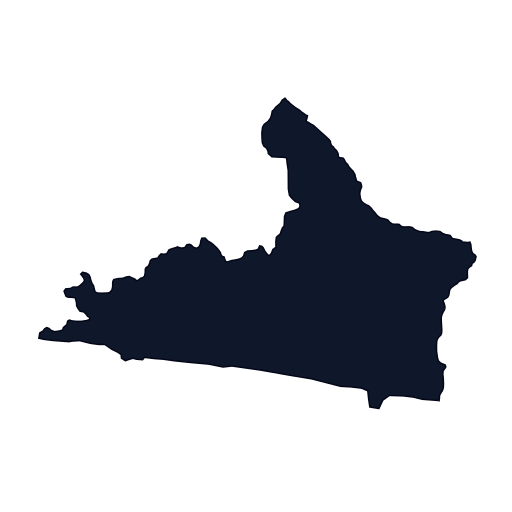 Hadera, Haifa, Israel, rotated 268°
{"feature_id": "584046B72217003232480", "entity_name": "Hadera", "entity_type": "district", "adm_level": 2, "iso_a3": "ISR", "parent_name": "Israel", "parent_adm1": "Haifa", "projection": "orthographic", "projection_center": [35.034, 32.575], "detail": "fine", "context": "isolated", "style": "filled", "palette": "ink", "viewbox_px": 512, "rotation_deg": 268, "n_neighbors": 0, "source": "geoboundaries", "source_scale": "gbopen_adm2", "svg_char_len": 4943}
<svg xmlns="http://www.w3.org/2000/svg" viewBox="0 0 512 512"><g transform="rotate(268 256 256)"><path d="M262.5,470.2L262.0,468.3L262.5,465.4L262.5,462.9L263.8,462.1L265.1,459.7L265.8,456.5L266.6,452.9L269.7,450.8L270.3,448.7L270.7,446.3L272.1,443.2L274.0,440.7L274.6,436.7L274.4,432.9L273.3,429.5L273.7,427.0L274.3,424.4L274.7,420.4L276.1,417.0L277.0,415.4L279.1,413.1L279.8,410.3L279.8,409.2L279.8,405.6L280.1,403.1L281.6,401.0L282.5,400.4L282.8,398.7L282.9,397.2L282.9,395.3L283.2,393.4L284.0,392.3L285.2,390.6L287.0,389.4L287.7,388.4L288.1,387.3L288.8,385.1L289.1,384.1L289.2,383.2L289.9,381.4L291.1,379.8L292.4,378.3L295.2,376.3L297.9,374.0L299.4,373.1L301.2,371.4L301.7,371.0L302.5,369.9L303.0,368.6L304.6,366.1L305.0,365.5L306.3,364.1L307.5,363.2L309.8,362.4L312.9,362.0L315.3,361.9L318.5,362.7L321.3,364.0L323.5,363.8L325.6,363.1L326.8,360.4L327.5,359.0L329.8,358.6L331.8,358.0L333.7,357.8L335.5,356.9L337.4,355.9L339.0,354.4L340.3,353.3L342.1,351.8L344.1,350.9L346.7,348.6L348.0,348.1L349.7,347.3L350.8,346.4L351.2,343.9L351.3,342.8L352.8,341.7L355.0,341.7L356.2,341.3L358.6,340.1L360.4,338.3L362.7,336.8L363.2,335.8L364.6,335.0L366.2,334.5L368.2,334.2L369.9,333.0L373.5,329.4L379.2,323.4L384.5,318.0L386.3,314.9L388.0,312.6L388.5,311.2L389.4,310.8L392.2,311.8L394.5,312.3L395.0,310.8L396.6,308.9L398.1,306.8L400.5,304.2L402.9,300.5L404.6,298.5L407.2,295.4L409.2,293.8L410.1,292.4L412.7,290.5L410.8,287.6L407.8,285.7L406.1,283.6L404.3,281.2L401.5,278.9L400.2,277.3L397.1,276.6L393.8,275.6L391.7,274.1L390.0,272.7L387.3,268.8L384.6,267.1L379.4,266.2L373.9,266.1L368.9,266.3L365.6,267.6L363.5,270.3L360.2,271.7L357.9,271.9L354.6,275.4L353.8,285.0L353.4,289.4L351.4,290.2L348.1,290.3L340.4,291.2L321.9,290.7L315.7,291.5L313.1,293.3L310.8,295.5L309.0,297.3L307.4,301.3L304.6,301.8L302.8,301.2L301.5,299.5L300.3,296.3L299.2,291.6L298.0,287.4L294.6,285.9L285.2,285.2L283.0,283.3L279.9,282.0L277.3,281.1L275.5,278.8L274.0,277.0L270.2,276.4L266.8,276.3L264.1,276.3L261.9,273.1L258.3,271.6L255.9,269.4L256.7,267.8L259.1,266.0L260.9,264.8L263.8,263.6L265.5,262.1L266.0,260.0L262.8,258.5L261.9,256.3L261.4,252.5L261.3,247.8L259.9,244.8L256.5,243.7L254.5,241.7L253.4,238.8L252.6,234.1L252.3,231.4L251.0,227.3L251.8,225.3L254.5,224.5L256.1,224.1L256.7,222.2L258.9,220.9L260.9,220.4L264.7,217.8L266.3,216.3L268.9,213.7L270.8,211.5L272.6,208.5L275.7,205.8L275.7,202.5L273.1,201.4L269.9,200.8L267.0,199.3L265.8,196.7L267.0,193.7L269.3,191.5L270.0,189.9L269.7,187.3L266.8,185.1L266.5,181.8L267.7,177.7L267.8,177.7L267.3,176.5L266.4,173.0L265.3,169.4L261.3,166.8L261.0,163.9L261.4,161.2L259.7,159.4L257.2,157.6L257.0,154.8L256.5,151.9L255.0,150.2L252.8,149.6L249.8,148.2L248.2,145.7L246.7,144.9L243.2,144.7L239.7,143.9L238.3,142.1L237.8,139.9L235.8,137.3L235.5,135.7L237.2,134.1L238.7,130.8L239.9,128.7L239.6,125.8L238.4,122.2L238.2,117.1L237.4,113.1L235.8,112.1L233.7,111.8L230.5,111.7L227.0,110.8L224.5,108.3L224.2,106.2L224.2,100.6L224.5,96.4L225.6,94.0L228.4,93.3L232.2,92.5L234.1,91.2L237.8,90.0L240.9,89.4L243.2,88.2L244.8,85.9L245.8,82.1L244.0,80.2L242.5,81.4L239.3,83.4L236.9,83.6L235.0,81.9L232.1,78.4L231.2,76.6L231.3,72.0L230.0,69.4L229.8,64.7L227.7,63.0L226.1,63.4L222.3,64.8L221.4,66.8L221.1,70.8L220.5,74.0L215.3,75.0L212.7,75.0L210.5,75.9L207.0,78.2L206.1,82.0L203.9,84.1L201.6,85.6L200.3,87.7L198.3,87.4L197.4,84.5L196.8,79.4L197.0,73.8L197.6,69.6L198.5,67.2L197.5,65.5L195.6,65.0L194.0,64.6L192.6,62.7L191.2,61.0L188.8,60.2L187.9,56.8L187.4,52.0L189.0,48.3L190.7,46.8L191.8,44.3L190.4,42.0L188.4,40.5L187.3,38.3L186.6,37.2L181.4,36.1L180.1,41.3L178.7,49.8L176.9,66.1L177.4,69.2L177.6,76.8L174.5,87.5L173.1,95.7L172.9,101.8L167.8,108.7L164.8,114.3L162.2,117.8L158.6,118.0L155.9,121.8L157.0,125.2L158.1,129.4L157.0,133.0L156.3,139.0L158.6,141.0L157.0,151.3L156.1,159.8L154.1,171.0L152.0,185.9L149.6,205.1L146.2,219.2L146.9,228.1L141.9,256.3L135.4,286.9L131.3,307.3L122.8,336.1L121.9,346.2L120.3,356.7L117.4,363.0L109.1,363.6L101.1,364.5L99.3,373.5L107.5,377.7L112.0,384.4L111.1,398.1L109.5,408.4L107.0,417.3L105.2,433.5L105.0,433.9L107.9,434.4L110.1,434.5L112.8,436.0L115.0,437.6L117.9,438.6L121.6,438.9L124.2,438.9L126.9,438.9L129.8,438.7L131.2,438.6L133.3,438.8L134.7,439.0L136.6,440.4L137.6,441.3L138.7,441.8L140.5,441.3L141.7,438.6L142.8,436.5L145.0,434.5L148.0,433.8L154.8,433.1L160.9,433.3L164.1,433.6L166.4,434.2L169.1,436.2L170.3,437.8L172.4,438.8L175.6,439.1L179.7,439.0L184.7,438.9L188.3,439.0L191.3,439.9L194.2,441.5L195.7,442.5L198.0,443.1L199.8,442.9L201.6,442.5L204.4,441.5L205.4,441.6L206.1,442.6L207.0,444.2L208.1,446.1L210.1,447.3L212.1,447.7L215.5,448.4L217.5,450.0L219.1,452.2L220.0,453.5L221.5,456.2L223.0,457.3L224.1,459.5L224.6,462.3L225.0,464.4L226.9,466.6L230.2,466.6L233.5,466.7L236.0,467.3L237.8,469.3L238.7,471.0L240.7,471.7L241.5,472.0L242.0,473.4L244.1,474.9L247.8,475.9L249.6,474.7L250.6,473.0L253.2,471.7L256.4,471.3L260.0,471.1L262.5,470.2Z" fill="#0f172a" stroke="#020617" stroke-width="1.5"/></g></svg>